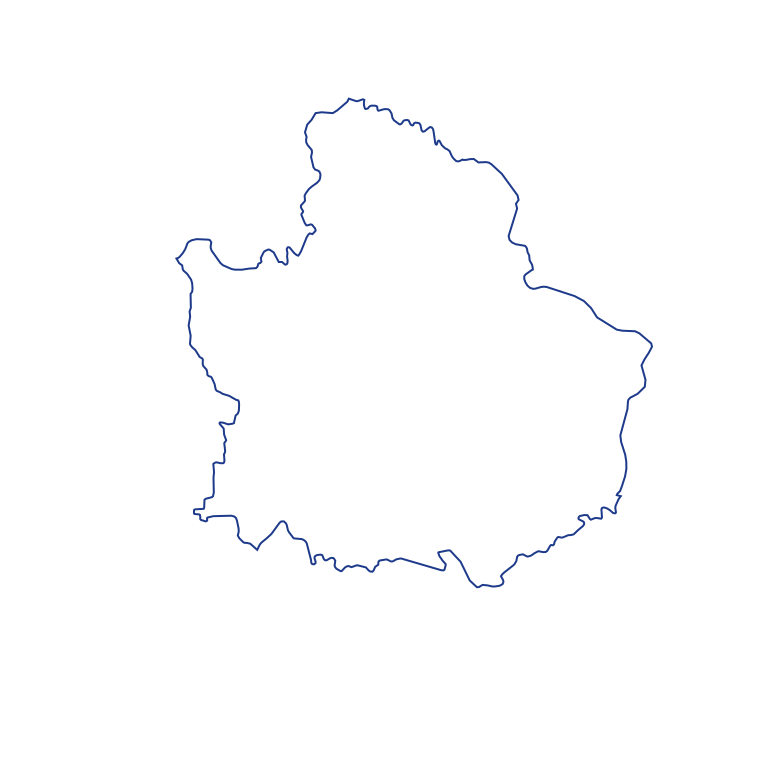 the border of Kharkiv, rotated 49°
{"feature_id": "UKR-328", "entity_name": "Kharkiv", "entity_type": "Region", "adm_level": 1, "iso_a3": "UKR", "parent_name": "Ukraine", "parent_adm1": "", "projection": "albers", "projection_center": [36.315, 49.479], "detail": "fine", "context": "isolated", "style": "outline", "palette": "blue", "viewbox_px": 768, "rotation_deg": 49, "n_neighbors": 0, "source": "natural_earth", "source_scale": "10m", "svg_char_len": 6165}
<svg xmlns="http://www.w3.org/2000/svg" viewBox="0 0 768 768"><g transform="rotate(49 384 384)"><path d="M528.7,155.7L531.7,157.3L534.1,163.5L536.3,171.2L538.9,177.5L552.4,183.9L557.2,189.0L557.8,199.0L555.9,207.2L556.2,209.8L557.3,211.4L562.7,216.8L577.8,239.3L583.4,243.1L595.7,248.4L601.7,252.2L607.1,256.8L611.9,262.7L617.1,271.3L619.7,276.1L619.9,279.8L620.6,281.2L624.0,278.9L624.8,282.5L627.8,289.0L629.3,290.8L633.0,293.1L633.3,293.7L633.2,294.5L631.7,295.7L627.5,296.3L624.4,297.2L621.8,298.7L621.0,299.7L620.6,300.9L621.3,302.2L627.8,307.1L628.1,308.5L624.3,311.7L623.4,313.2L622.1,316.9L621.0,317.2L616.5,316.5L614.3,318.8L612.2,322.7L612.1,323.8L612.6,325.0L613.2,325.6L613.9,325.7L618.9,323.7L620.4,324.2L621.3,325.3L621.7,327.0L621.6,333.6L621.9,339.4L620.8,341.8L619.0,344.1L617.2,349.5L616.5,350.7L613.9,352.7L613.6,353.8L614.9,358.5L616.6,361.0L616.5,362.4L615.1,363.5L615.1,364.7L617.0,370.2L616.9,372.1L615.4,374.1L611.6,377.1L611.2,378.0L610.4,381.6L610.0,385.5L609.0,387.9L608.2,389.1L603.7,390.9L601.9,393.9L601.4,395.7L601.9,397.0L604.5,400.4L605.5,403.4L605.7,405.1L605.1,417.2L605.3,420.1L605.8,421.8L610.2,422.8L611.7,423.7L612.8,425.7L612.3,428.7L610.1,432.4L608.1,434.9L604.0,437.9L600.3,441.4L599.5,445.6L598.3,447.2L588.5,448.2L568.4,442.8L553.4,443.3L552.5,443.8L551.6,444.8L546.8,453.2L547.0,453.8L550.3,455.1L556.2,455.7L560.4,455.6L561.5,456.7L563.6,459.9L563.9,460.5L563.5,461.6L562.2,462.9L527.0,485.5L526.3,486.3L524.4,489.8L523.7,493.4L523.2,494.4L522.4,495.2L518.6,496.8L517.8,497.5L514.4,503.1L514.4,504.7L516.6,506.9L516.2,510.6L517.9,514.1L518.1,515.8L516.6,517.3L514.8,517.9L510.5,518.0L503.5,522.9L502.9,523.6L500.9,528.7L498.1,530.2L497.3,531.6L496.9,533.8L497.4,538.7L496.8,539.5L492.2,541.1L490.0,541.0L488.5,540.3L485.4,536.7L482.8,536.3L482.0,536.5L480.6,537.9L480.0,539.6L479.4,542.9L478.8,543.7L478.0,544.2L476.4,544.2L472.8,542.9L471.9,543.3L470.9,544.1L469.1,546.9L468.7,548.6L469.0,549.9L469.8,550.7L473.2,552.2L474.3,553.3L474.2,555.1L472.8,556.3L471.3,556.2L468.9,554.5L453.7,546.9L451.8,546.5L449.3,546.8L447.1,547.8L441.5,553.2L440.7,553.4L433.3,552.9L431.3,552.4L426.6,549.9L424.6,549.4L422.0,549.7L420.6,551.3L420.2,552.3L420.3,554.2L423.3,567.3L423.5,573.6L423.3,580.1L423.6,582.8L426.0,588.5L416.8,589.7L413.9,591.8L412.6,593.3L411.1,594.0L405.4,594.4L402.4,593.7L400.1,590.5L397.6,588.5L390.6,584.6L388.0,583.6L385.8,583.9L383.2,585.7L371.8,599.5L369.0,604.8L369.1,605.5L371.0,607.0L371.1,607.8L370.6,608.8L366.5,611.3L365.4,611.3L363.6,609.7L361.9,608.8L361.1,609.1L357.8,612.3L357.0,612.3L354.7,610.3L354.4,609.7L354.6,608.9L359.9,602.0L359.4,600.9L353.6,595.4L353.7,593.7L356.5,588.2L356.5,586.7L354.2,583.6L342.9,574.2L339.1,570.2L332.4,565.3L332.4,563.6L333.1,561.9L336.8,559.1L338.4,557.1L338.2,556.1L337.3,554.8L332.1,550.9L331.2,548.8L330.3,547.8L324.0,543.5L323.4,542.3L323.4,541.3L322.9,540.0L317.4,537.9L312.4,534.2L306.4,534.2L305.6,533.8L305.4,533.2L305.8,532.5L307.5,530.9L312.2,528.1L314.5,524.5L315.1,523.0L310.6,516.9L310.4,516.1L310.5,514.2L309.9,512.6L308.5,510.6L304.2,506.6L302.2,505.2L300.8,504.7L298.9,506.0L291.4,508.6L285.5,512.3L283.2,512.9L279.4,514.7L277.7,514.6L272.9,511.9L266.3,509.9L265.1,509.9L262.8,511.2L261.3,511.3L258.7,509.4L256.6,508.5L251.9,508.6L250.1,507.8L246.7,504.7L245.7,504.4L242.6,505.4L234.6,504.1L230.6,504.7L227.3,504.5L226.4,504.1L220.8,498.3L211.6,493.0L206.1,486.2L201.8,483.2L199.7,479.7L189.6,471.3L189.1,470.7L188.5,468.3L186.5,466.0L182.1,462.7L178.6,461.1L171.7,460.3L167.2,460.9L165.6,460.7L162.0,458.5L158.4,459.3L153.1,458.3L153.8,456.7L154.0,455.0L153.1,449.5L151.8,445.5L148.9,440.0L148.6,438.2L149.4,434.7L151.8,430.3L160.0,421.7L161.4,421.0L163.9,421.5L165.8,423.9L167.6,425.5L170.2,426.6L185.5,428.1L188.8,427.6L197.2,423.6L199.7,421.7L204.4,416.4L208.6,409.8L212.6,404.6L212.5,402.6L210.9,400.1L211.0,399.0L211.5,397.8L211.3,396.3L208.1,394.3L206.0,389.4L205.5,387.9L205.6,386.4L206.5,383.3L207.6,382.2L212.3,380.9L222.9,383.4L225.0,380.9L229.1,380.3L229.8,378.8L229.2,377.3L227.5,375.7L224.3,373.6L221.6,370.8L218.6,369.1L218.0,368.3L217.8,366.7L219.0,365.7L226.3,365.9L229.5,365.3L230.9,364.5L230.5,362.6L229.3,359.3L222.5,346.0L221.6,342.9L221.6,341.3L223.9,339.7L223.6,335.7L223.3,334.9L221.5,334.0L216.7,333.8L215.4,334.6L214.3,337.3L213.3,338.5L210.5,338.2L202.0,335.3L201.5,334.6L201.1,332.4L200.6,331.7L196.3,330.9L194.8,329.6L194.1,324.0L193.5,323.1L189.8,320.4L188.7,317.7L187.6,312.7L187.6,309.1L188.2,302.4L187.8,299.0L186.6,297.0L184.1,294.4L181.3,293.4L179.7,293.8L177.0,295.3L174.3,295.1L164.8,290.1L162.0,286.4L159.9,285.0L153.6,284.9L150.7,284.2L148.7,282.7L146.7,280.3L142.2,278.5L137.9,271.8L137.1,265.3L134.7,257.9L138.0,252.8L146.0,244.9L146.8,239.7L146.9,226.5L145.6,223.3L152.2,219.5L153.2,218.4L155.3,213.1L156.7,212.5L158.6,214.7L160.6,216.3L163.6,217.7L164.4,217.4L165.3,215.9L165.4,215.0L165.1,213.5L165.1,212.4L165.6,211.0L167.8,208.4L169.1,207.5L170.2,207.2L172.4,208.7L173.5,209.1L174.2,208.8L176.7,203.5L178.5,201.4L179.6,200.6L180.8,200.2L184.7,200.8L188.6,203.0L191.5,203.5L198.2,202.0L198.7,201.4L199.0,199.8L198.2,196.7L198.3,195.8L199.9,193.3L201.3,192.5L205.8,193.7L207.4,193.1L207.8,192.0L207.1,190.8L207.0,189.9L207.4,188.8L209.3,187.0L210.6,186.3L212.5,186.6L217.2,189.2L219.1,189.1L219.9,187.6L220.1,181.9L220.4,180.5L221.9,179.6L223.8,179.8L225.4,180.6L235.7,187.2L237.0,187.7L237.7,187.4L237.8,186.9L236.1,184.2L236.1,183.2L236.8,182.6L241.7,183.7L246.1,183.3L248.6,182.2L251.3,181.7L256.1,183.2L259.0,183.6L262.8,183.3L263.8,182.8L264.9,181.6L265.6,179.8L266.1,177.5L266.8,177.3L268.9,174.8L270.6,171.7L273.1,168.6L278.7,167.4L283.5,161.4L285.6,159.7L288.4,158.8L302.8,157.2L329.3,159.5L333.4,161.7L334.6,166.2L338.9,168.4L354.1,192.9L357.6,194.7L361.2,194.5L364.9,192.9L372.3,186.9L374.1,186.9L375.6,187.3L378.8,189.2L382.1,190.0L386.3,193.0L391.2,194.0L394.9,196.2L395.3,196.8L394.9,197.7L394.2,205.4L394.7,207.5L397.0,209.4L400.3,210.6L403.9,211.2L407.3,210.7L410.2,208.9L411.5,206.9L413.9,201.7L415.4,199.6L417.3,197.7L442.6,182.5L452.5,178.7L462.6,177.9L473.5,179.5L495.6,172.7L500.1,169.2L508.9,159.9L513.4,158.0L528.7,155.7Z" fill="none" stroke="#1e3a8a" stroke-width="2"/></g></svg>